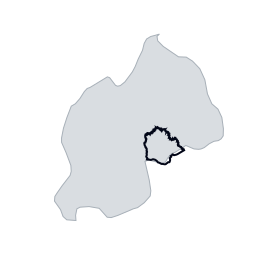 Bugesera, Eastern, Rwanda shown in context, rotated 342°
{"feature_id": "39286606B3134655885223", "entity_name": "Bugesera", "entity_type": "district", "adm_level": 2, "iso_a3": "RWA", "parent_name": "Rwanda", "parent_adm1": "Eastern", "projection": "mercator", "projection_center": [30.152, -2.233], "detail": "fine", "context": "in_parent", "style": "outline", "palette": "ink", "viewbox_px": 256, "rotation_deg": 342, "n_neighbors": 0, "source": "geoboundaries", "source_scale": "gbopen_adm2", "svg_char_len": 6134}
<svg xmlns="http://www.w3.org/2000/svg" viewBox="0 0 256 256"><g transform="rotate(342 128 128)"><path d="M101.4,77.8L104.4,77.7L124.2,73.0L126.1,74.5L129.3,83.6L131.0,85.0L133.8,85.3L139.3,83.2L149.5,76.0L153.9,71.7L159.1,65.5L165.8,58.6L169.5,52.6L173.2,49.1L177.9,48.0L183.2,48.3L186.9,48.4L183.9,49.8L183.2,54.3L186.7,61.3L198.0,75.9L205.3,78.6L210.0,84.3L214.6,93.8L216.0,105.8L214.1,120.2L215.2,130.9L219.4,137.9L220.5,147.0L218.5,158.2L216.1,164.9L213.2,167.1L210.0,167.9L205.6,167.2L200.3,168.1L194.5,170.2L190.9,170.5L188.6,170.1L184.3,168.3L177.6,162.5L165.0,165.7L161.6,165.7L157.0,168.4L153.2,171.8L150.9,172.0L148.6,171.6L137.7,164.8L133.8,165.0L132.1,184.1L130.3,194.8L128.1,199.5L120.3,204.1L112.5,206.7L108.2,206.5L91.1,208.0L84.3,208.0L80.6,206.4L75.8,195.5L66.7,190.7L57.9,188.5L54.4,189.1L51.2,194.8L49.9,199.9L41.4,196.4L38.9,192.1L38.6,184.8L35.5,174.8L37.3,170.5L40.6,167.8L47.6,162.5L58.3,155.2L60.6,151.7L62.1,145.9L61.5,132.4L60.4,121.1L61.7,117.0L66.6,108.2L73.1,99.2L80.8,89.7L85.4,88.7L91.4,85.1L97.8,79.8L101.4,77.8Z" fill="#d9dde1" stroke="#a8b0b8" stroke-width="1"/><path d="M141.9,140.7L141.8,140.9L141.9,141.2L141.8,141.5L141.8,141.9L141.6,142.1L141.5,142.4L141.6,142.6L141.8,142.9L141.6,143.1L141.6,143.4L141.7,143.7L141.9,143.7L142.0,143.8L142.1,144.1L141.9,144.3L141.8,144.7L141.7,144.8L141.2,145.0L141.0,145.5L141.1,145.9L140.5,146.6L140.3,146.6L140.2,146.8L140.1,146.7L139.6,147.2L139.1,147.1L138.9,147.3L138.8,147.9L138.6,148.1L138.7,149.1L138.5,149.6L138.6,149.9L138.6,150.1L138.7,150.5L138.8,150.6L138.8,151.0L138.9,151.3L138.8,151.6L138.9,151.8L138.7,152.0L138.8,152.2L139.0,152.3L139.1,153.0L139.3,153.2L139.2,153.4L139.3,153.6L139.3,153.9L139.2,154.1L139.1,154.3L139.0,154.7L138.7,155.0L138.7,155.3L138.8,155.4L138.8,156.2L138.6,156.3L138.5,156.5L138.3,156.6L138.2,157.0L138.3,157.3L138.0,157.5L137.7,158.1L137.8,158.2L137.7,158.4L137.8,158.6L137.7,158.9L137.7,159.0L137.5,159.6L137.2,160.0L136.9,160.3L136.6,160.5L136.6,161.3L136.6,161.7L136.9,162.1L136.9,162.3L137.0,162.6L136.9,162.7L137.1,163.0L136.9,163.2L136.8,163.4L136.4,163.8L137.7,164.4L138.6,164.7L139.4,165.2L140.0,165.4L140.5,165.5L141.9,165.4L142.3,165.5L143.1,166.0L144.0,166.6L144.5,167.2L145.4,168.6L145.8,169.7L145.9,170.0L147.0,170.7L148.3,172.1L149.1,172.7L149.7,172.8L150.3,173.1L151.5,173.8L152.2,174.0L152.9,174.0L153.7,173.5L154.4,173.5L154.7,173.4L155.2,173.0L155.8,173.0L156.6,173.3L157.0,173.2L157.8,172.2L158.2,171.4L158.4,170.3L158.3,169.9L158.4,169.5L159.0,169.3L159.8,168.9L159.7,168.8L159.9,168.2L159.9,167.9L160.8,167.7L161.2,167.5L161.8,167.1L162.4,166.9L162.9,167.3L162.9,167.5L163.0,167.6L163.1,167.9L163.5,168.1L165.8,168.3L167.3,168.1L173.5,166.7L174.5,166.5L174.4,165.7L174.3,165.8L174.2,165.7L174.0,165.8L173.9,165.8L173.7,165.9L173.5,165.6L173.4,165.6L173.5,165.4L173.4,165.3L173.2,165.3L173.1,165.2L173.1,164.8L173.0,164.7L172.9,164.6L173.1,164.5L173.1,164.4L172.9,163.9L173.1,163.8L173.1,163.6L172.9,163.5L172.7,162.8L172.5,162.6L172.6,162.4L172.2,162.1L171.8,162.1L171.7,162.0L171.6,161.4L171.1,161.1L171.0,160.8L170.7,160.6L170.6,160.4L170.4,160.5L170.2,160.3L170.4,160.0L170.2,159.8L170.3,159.6L170.3,159.4L170.3,159.1L170.5,159.0L170.6,158.8L170.8,158.8L170.7,158.5L170.8,158.6L171.1,158.3L171.1,157.6L170.8,157.2L170.8,156.7L171.1,156.4L171.3,156.5L171.2,155.7L170.9,155.7L171.0,155.6L170.8,155.5L170.8,155.2L170.7,155.1L170.7,154.8L170.9,154.6L170.8,153.8L170.3,153.4L170.1,153.3L170.0,153.2L169.7,153.1L169.7,152.8L170.1,152.4L170.1,152.2L169.8,152.2L169.7,152.0L169.4,152.3L169.3,152.6L168.9,152.7L168.8,152.4L168.6,152.6L168.5,152.8L168.4,152.7L168.5,152.6L168.3,152.5L168.1,152.9L167.8,152.8L167.7,152.6L167.4,152.8L167.3,152.5L167.2,152.8L166.9,152.6L167.1,152.5L166.5,152.7L166.5,152.9L166.4,152.9L166.2,152.8L166.2,153.0L165.8,153.1L165.7,152.8L165.6,152.2L165.3,152.1L165.5,152.0L165.4,151.8L165.1,151.8L165.3,151.7L164.9,151.5L164.7,151.3L164.6,151.2L164.8,151.0L164.8,150.7L164.7,150.5L164.9,150.3L164.7,150.1L164.2,149.9L164.1,149.7L164.0,149.8L163.9,149.8L164.3,149.1L164.7,148.9L164.8,148.1L165.2,147.9L165.3,147.6L165.0,147.2L164.6,147.2L164.9,146.5L164.6,146.5L164.9,146.2L164.6,146.1L164.7,145.9L164.7,145.6L164.5,145.3L164.9,145.3L164.7,145.1L165.0,145.1L165.0,144.7L164.8,144.1L164.3,143.9L164.1,143.6L163.6,143.6L163.3,143.8L163.4,143.6L163.2,143.5L163.1,143.2L163.3,143.2L162.9,142.9L162.9,142.7L162.7,142.6L162.8,142.3L163.0,142.3L163.0,142.2L162.7,142.2L162.7,141.8L162.6,141.7L162.6,141.4L162.3,140.9L162.6,140.7L162.4,140.7L162.1,140.2L161.9,140.2L161.9,140.4L161.5,140.2L161.4,140.2L161.4,140.3L161.1,140.1L160.9,140.1L160.5,139.9L160.5,140.0L160.5,140.4L160.5,140.5L160.4,140.5L160.2,140.5L159.7,140.7L159.7,140.8L159.4,141.0L159.2,141.2L159.1,140.7L158.9,140.6L159.1,140.1L158.8,140.1L158.9,139.8L158.6,140.0L158.5,139.8L158.6,139.6L158.4,139.5L158.4,139.2L158.0,139.5L157.8,139.4L157.6,139.0L157.7,138.9L157.9,138.8L157.7,138.6L157.6,138.1L157.6,137.9L157.4,137.7L157.2,137.4L156.9,137.4L156.9,137.2L156.7,136.9L156.6,137.1L156.2,137.1L156.2,136.7L156.0,136.4L155.9,136.5L155.4,136.6L155.4,136.9L155.3,137.0L155.2,136.9L155.0,136.6L155.0,136.8L154.6,136.7L154.6,137.1L154.4,137.2L154.2,137.0L154.0,137.3L153.9,137.3L153.7,137.6L153.2,137.6L153.2,137.4L153.0,137.6L152.7,137.5L152.8,137.8L152.5,137.8L152.7,138.0L152.4,137.9L152.1,138.2L152.0,138.3L151.9,138.7L151.7,138.5L151.5,138.4L151.4,138.7L151.7,138.9L151.1,139.0L151.1,139.3L151.0,139.0L151.0,138.9L150.9,139.1L150.6,139.4L150.6,139.2L150.3,139.3L150.3,139.1L150.1,139.3L149.8,139.1L149.7,139.4L149.7,139.0L149.3,139.1L149.2,139.5L149.0,139.8L148.9,139.5L148.5,139.7L148.6,139.4L148.4,139.3L148.1,139.6L147.8,139.7L147.6,139.8L147.5,139.6L147.4,139.6L147.3,140.0L147.2,140.2L147.1,139.8L146.8,139.8L146.8,140.0L146.6,140.2L146.3,140.3L146.2,140.4L145.9,140.0L145.3,139.9L145.2,139.8L145.1,139.7L145.3,139.6L145.5,139.4L145.5,139.0L145.1,138.8L144.4,138.9L144.2,139.0L144.3,139.3L144.0,139.2L143.7,139.3L143.8,139.5L143.5,139.9L143.9,139.9L143.9,140.1L143.4,140.0L143.2,140.0L142.7,139.7L142.6,139.9L142.7,140.2L142.4,140.1L142.3,140.4L141.9,140.7Z" fill="none" stroke="#020617" stroke-width="2"/></g></svg>